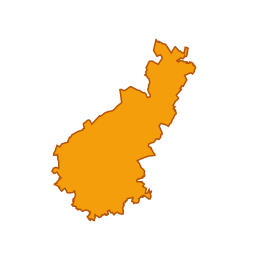 Tolú Viejo, Sucre, Colombia (Robinson projection), rotated 29°
{"feature_id": "7082276B69726867253152", "entity_name": "Tolú Viejo", "entity_type": "district", "adm_level": 2, "iso_a3": "COL", "parent_name": "Colombia", "parent_adm1": "Sucre", "projection": "robinson", "projection_center": [-75.432, 9.51], "detail": "fine", "context": "isolated", "style": "filled", "palette": "amber", "viewbox_px": 256, "rotation_deg": 29, "n_neighbors": 0, "source": "geoboundaries", "source_scale": "gbopen_adm2", "svg_char_len": 5912}
<svg xmlns="http://www.w3.org/2000/svg" viewBox="0 0 256 256"><g transform="rotate(29 128 128)"><path d="M157.5,42.0L156.4,41.4L155.8,41.8L154.6,40.5L154.0,41.1L153.1,40.0L151.7,39.8L150.7,40.5L150.0,40.3L149.8,40.8L150.6,40.8L150.5,41.2L149.2,42.3L148.1,42.9L147.7,43.0L147.7,42.8L147.9,41.6L147.6,41.4L147.2,41.7L147.1,42.5L146.7,42.7L145.5,42.4L144.5,42.9L143.8,42.7L143.2,43.0L142.6,43.1L141.0,43.7L140.4,44.4L140.2,45.9L139.4,45.6L138.4,45.8L138.0,45.3L138.5,44.2L139.5,43.7L140.1,41.0L142.4,41.0L143.0,39.0L142.5,38.0L142.5,37.6L142.9,37.5L143.5,37.6L144.4,37.0L144.4,36.6L143.9,35.6L143.9,34.6L143.4,34.0L143.4,33.4L142.1,30.3L142.1,29.3L141.7,29.0L139.0,29.5L138.8,29.7L139.6,31.3L140.1,33.5L141.0,35.7L136.7,35.8L136.4,35.4L135.6,35.9L130.0,34.0L129.5,35.4L129.7,36.7L129.5,38.1L129.5,41.5L120.8,36.8L119.3,36.8L117.9,37.4L113.4,37.3L113.9,37.9L113.1,38.3L112.3,38.4L111.6,38.3L110.2,37.2L109.8,37.1L109.8,37.5L112.8,47.8L118.6,51.2L120.9,48.2L123.7,49.6L124.1,50.7L123.5,57.7L117.8,57.8L117.1,57.6L114.3,59.3L114.6,66.5L116.4,67.8L116.5,68.1L116.3,70.0L116.3,70.5L117.9,71.7L117.8,72.2L117.1,72.9L117.0,73.5L119.3,73.5L120.7,74.5L122.0,74.6L124.1,76.5L125.3,78.6L125.1,80.4L126.3,82.5L126.6,83.4L126.5,84.2L126.7,85.0L129.8,87.5L131.3,88.3L131.7,88.8L132.2,90.0L131.7,90.3L130.9,91.5L130.5,91.7L129.8,91.6L128.8,91.1L127.5,89.7L125.8,89.2L125.2,89.3L123.9,89.8L122.2,89.9L119.8,89.5L118.1,90.3L110.6,90.4L110.2,90.6L109.6,91.4L107.6,95.7L106.5,97.1L105.6,97.5L103.7,97.4L102.9,97.8L102.3,98.4L104.9,101.7L110.2,109.0L108.0,113.9L107.4,117.0L106.1,120.4L102.4,123.6L100.2,126.5L99.9,127.6L98.3,131.2L97.2,131.2L94.5,142.2L91.6,140.2L90.0,139.9L88.8,141.0L88.3,142.2L88.4,142.9L87.2,145.0L86.9,146.0L88.3,147.7L90.0,149.4L89.0,150.7L89.4,151.4L85.7,155.6L82.3,161.2L82.3,164.3L81.4,164.5L81.8,168.6L82.5,169.3L77.8,174.0L77.7,177.5L74.3,177.8L74.8,178.8L74.8,180.7L75.4,182.5L75.4,185.8L76.0,187.8L76.7,187.6L79.0,186.0L79.3,185.5L79.8,186.6L80.6,187.1L81.3,188.6L82.5,190.0L83.3,190.4L87.0,196.9L84.2,197.4L83.3,198.0L82.3,199.6L82.5,201.4L82.4,202.6L85.5,203.6L87.3,201.0L91.0,203.1L92.4,203.7L93.6,203.9L92.2,205.2L92.3,205.5L92.8,205.1L93.3,205.8L92.2,208.7L92.4,208.9L91.9,210.3L92.5,210.6L92.4,210.9L91.8,210.8L90.9,212.8L91.1,213.2L91.8,212.7L93.1,213.0L94.8,212.5L95.5,213.0L96.6,212.9L96.9,213.0L97.0,213.5L96.8,213.8L100.5,215.5L102.0,211.3L104.9,213.0L105.5,213.7L106.2,214.0L106.6,214.0L107.0,213.9L107.7,213.3L108.7,212.9L111.0,211.1L111.4,209.8L111.8,209.0L112.4,209.6L112.8,210.3L114.4,211.9L114.8,212.6L115.2,216.4L114.5,216.4L114.5,216.8L114.7,217.6L115.0,217.6L115.4,218.9L116.2,218.8L116.0,218.5L116.2,218.3L116.4,219.1L116.3,219.8L116.6,221.6L115.9,222.2L116.1,222.4L116.8,221.9L117.6,223.0L120.0,222.0L120.7,221.9L121.3,222.3L121.4,223.4L122.8,223.5L123.2,223.1L123.9,223.7L124.0,223.4L124.6,223.1L125.3,222.2L128.3,222.9L128.9,222.7L129.2,222.4L129.8,221.0L131.2,220.0L131.9,220.0L132.9,219.6L134.2,219.8L135.0,219.6L135.5,219.7L135.8,219.8L135.7,220.1L135.9,220.2L135.8,220.7L135.5,220.7L135.5,221.2L136.3,221.6L136.1,222.4L136.4,222.4L135.3,225.3L136.5,225.7L136.5,226.0L137.6,226.2L138.4,227.0L139.9,227.0L139.6,225.3L142.3,225.3L142.5,225.6L143.5,225.2L143.0,224.5L142.8,223.0L142.2,221.4L141.2,219.9L142.9,220.1L144.5,219.9L145.6,220.2L146.3,220.2L147.6,218.4L147.4,217.8L147.6,217.6L147.3,216.8L148.3,216.3L148.3,215.8L149.1,215.5L149.5,214.3L150.0,214.0L150.4,214.8L150.8,215.0L151.6,214.7L151.9,214.3L151.8,214.0L152.6,212.7L150.3,210.6L151.5,209.1L151.8,208.9L152.5,209.9L153.4,209.9L154.4,210.5L155.3,209.4L156.8,210.4L157.8,210.7L158.4,208.5L159.4,206.8L161.7,207.1L164.3,206.3L165.4,205.6L163.9,202.4L162.7,201.2L162.0,200.8L162.0,198.4L161.8,198.0L162.1,197.9L162.1,197.7L161.6,197.2L161.6,196.6L161.4,196.5L161.1,196.7L161.0,196.3L160.5,196.1L160.4,195.7L160.6,195.1L161.7,194.4L161.6,194.1L161.4,194.1L161.2,192.9L162.1,192.6L162.3,192.1L161.8,191.3L161.7,190.2L162.3,189.9L162.5,189.2L164.6,187.9L164.8,187.3L165.9,186.3L166.3,186.7L166.3,187.3L166.5,187.8L166.5,189.4L166.7,190.2L167.3,190.4L168.6,190.1L169.2,190.4L169.6,191.2L170.8,189.8L172.5,189.1L173.2,187.9L173.0,186.4L172.5,185.3L171.6,184.7L172.2,184.3L172.3,183.8L172.3,182.2L174.1,181.6L174.4,181.2L174.3,180.8L174.7,180.8L174.8,180.4L174.6,180.1L173.6,180.1L174.3,179.3L175.2,179.2L180.8,180.0L181.7,179.3L181.4,176.9L181.0,176.2L179.3,174.8L179.0,174.3L179.0,173.7L179.5,173.5L179.2,172.8L179.3,172.3L179.1,172.0L177.8,173.5L176.3,171.6L176.2,172.8L176.8,175.4L174.8,176.7L173.4,171.9L169.3,172.0L169.5,169.2L169.3,169.1L168.6,168.8L166.2,168.9L166.2,168.3L161.9,170.6L161.2,169.9L161.0,168.7L161.8,167.8L161.5,167.5L161.8,167.2L162.1,167.3L164.9,164.7L164.4,164.3L164.1,163.2L164.8,162.7L165.2,163.3L165.8,162.4L165.5,162.0L165.5,161.0L164.4,160.3L163.9,159.5L163.7,158.3L163.3,157.5L160.5,156.5L158.2,156.3L157.6,155.2L156.4,154.6L155.0,153.4L151.8,152.1L156.3,146.2L160.2,142.0L161.9,141.0L164.1,139.4L164.8,138.7L163.9,137.9L162.3,137.3L159.2,135.3L158.3,135.3L158.1,134.9L158.3,134.4L158.1,134.2L157.1,134.0L156.6,134.0L156.1,134.3L154.6,134.2L154.3,132.9L153.9,132.1L155.6,129.8L157.3,128.2L157.8,126.7L158.1,123.6L160.5,123.1L161.0,121.1L160.7,119.2L160.0,117.9L160.1,117.2L160.8,117.1L160.5,116.1L154.1,111.0L154.8,107.8L159.2,107.0L162.5,106.9L162.5,104.1L163.3,102.4L162.7,99.8L163.0,97.2L162.7,95.5L162.7,94.0L162.6,93.8L163.3,92.4L162.3,90.8L161.8,90.8L161.4,90.5L160.7,90.4L161.1,90.0L161.0,89.4L159.6,89.1L158.2,89.1L158.9,86.7L157.3,87.0L156.4,86.2L156.6,85.3L156.5,84.7L156.6,82.7L156.5,82.2L157.8,78.0L157.8,77.5L154.3,75.9L155.6,70.5L155.4,70.3L155.3,70.0L155.5,69.8L156.1,68.7L155.9,68.2L155.3,68.3L155.3,68.5L154.7,68.4L154.8,67.8L154.5,67.6L154.7,66.8L154.5,66.7L154.7,66.1L154.6,65.8L154.9,65.8L154.9,64.9L156.1,64.8L156.0,61.8L156.1,57.4L152.0,54.6L156.1,49.2L158.3,49.4L158.6,46.2L158.0,44.9L157.9,42.6L157.5,42.0Z" fill="#f59e0b" stroke="#b45309" stroke-width="1.5"/></g></svg>